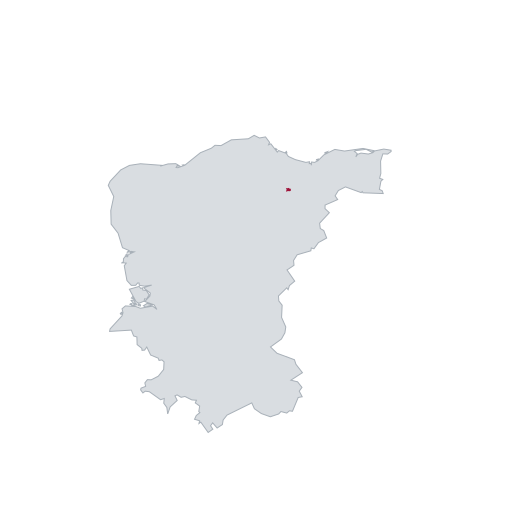 Lins, São Paulo, Brazil shown in context, rotated 235°
{"feature_id": "56859067B10725298789827", "entity_name": "Lins", "entity_type": "district", "adm_level": 2, "iso_a3": "BRA", "parent_name": "Brazil", "parent_adm1": "São Paulo", "projection": "natural_earth1", "projection_center": [-49.692, -21.647], "detail": "fine", "context": "in_parent", "style": "filled", "palette": "rose", "viewbox_px": 512, "rotation_deg": 235, "n_neighbors": 0, "source": "geoboundaries", "source_scale": "gbopen_adm2", "svg_char_len": 4372}
<svg xmlns="http://www.w3.org/2000/svg" viewBox="0 0 512 512"><g transform="rotate(235 256 256)"><path d="M161.4,119.9L165.4,123.8L170.5,122.0L172.0,124.5L174.9,120.9L181.7,117.2L183.2,113.6L187.5,111.7L187.9,109.4L182.9,108.6L181.6,99.1L177.3,93.1L183.1,96.1L188.3,96.0L191.9,99.1L193.0,95.4L206.0,90.8L208.8,87.7L208.7,84.8L212.5,84.7L213.7,86.0L212.5,90.8L215.8,92.2L217.0,96.1L214.7,99.1L213.6,107.0L216.0,115.3L222.1,120.0L224.8,119.3L226.1,116.7L228.4,117.3L235.3,112.9L244.1,114.3L242.8,110.8L244.1,108.5L245.9,109.5L251.6,107.8L258.0,112.0L260.7,109.9L266.8,111.4L278.2,92.8L280.0,94.7L283.8,111.9L285.8,114.5L289.6,116.0L290.0,120.4L283.5,128.6L279.5,131.3L274.2,142.6L269.1,144.2L274.5,144.5L282.5,138.8L284.0,146.0L286.2,148.2L294.5,145.7L292.0,153.9L295.2,147.4L299.0,143.6L300.9,144.7L301.8,143.6L301.0,140.6L303.5,137.0L309.9,136.2L323.6,142.5L324.6,145.6L326.5,143.4L329.8,145.9L330.6,148.6L329.0,150.4L329.7,151.4L331.4,149.6L331.8,151.3L330.2,153.1L329.2,158.7L331.4,156.4L333.0,152.2L333.2,155.2L339.4,151.4L353.8,156.1L365.2,155.6L376.5,163.1L386.3,173.6L398.6,175.5L400.9,179.4L404.1,194.5L402.8,204.3L397.9,214.2L384.5,230.6L384.5,229.2L381.9,236.7L377.7,243.2L375.7,244.2L374.3,241.3L373.1,242.7L371.2,249.7L372.5,269.7L369.9,281.3L370.2,285.9L366.5,290.7L365.3,302.4L356.4,317.0L355.9,323.7L350.7,326.5L348.1,332.1L341.3,332.3L339.9,330.1L339.4,332.5L328.9,333.0L329.4,335.0L322.8,339.6L319.0,339.6L312.4,343.5L304.1,350.5L302.5,353.9L301.1,352.6L300.5,354.1L298.6,353.4L301.1,355.5L299.1,357.6L298.5,361.4L299.9,369.6L298.1,381.7L291.2,388.7L282.7,405.4L274.7,413.0L274.5,410.5L280.2,407.4L285.1,398.2L285.3,396.6L281.9,397.6L279.9,394.6L281.0,397.5L280.1,401.0L275.1,406.5L273.6,411.0L274.0,413.5L270.3,422.0L265.2,427.3L264.1,426.6L264.0,422.3L266.9,418.5L262.3,412.5L252.0,405.6L248.8,401.8L246.0,403.8L245.6,401.2L239.8,395.3L237.1,396.8L234.2,396.0L246.4,379.9L247.9,380.0L247.6,378.5L261.3,368.9L262.4,361.0L259.9,355.3L255.4,355.3L258.1,341.8L255.2,339.7L249.4,340.9L246.4,326.9L241.6,324.4L238.0,326.1L230.2,324.2L231.2,314.9L228.7,307.6L230.9,305.9L228.8,303.9L233.4,290.4L230.8,284.2L226.6,281.8L226.8,273.4L213.2,273.3L212.6,266.4L210.0,263.0L212.3,262.9L210.4,251.5L206.1,248.9L200.7,249.2L191.0,241.7L180.8,239.7L176.5,235.6L173.4,229.2L173.2,215.7L164.3,217.4L149.0,228.0L144.4,226.6L133.8,227.1L134.3,213.3L129.1,217.9L122.0,218.3L120.5,213.9L114.2,213.1L115.9,209.4L107.9,196.8L110.0,194.6L109.7,191.1L114.3,187.2L113.6,184.0L116.1,175.5L123.9,170.0L131.8,167.1L138.1,168.3L142.3,141.0L140.5,135.0L137.2,131.8L137.4,125.5L144.2,124.8L143.0,121.4L138.9,121.3L138.9,115.6L151.6,115.5L151.5,113.2L153.4,115.3L157.5,112.0L159.6,115.6L159.9,120.2L161.4,119.9ZM287.4,131.6L301.4,133.2L298.1,142.8L295.5,143.0L295.1,144.6L293.0,143.8L290.7,146.3L285.4,146.2L283.5,141.4L284.9,140.2L283.2,138.5L284.4,133.0L287.4,131.6ZM275.4,143.1L277.5,136.3L279.8,135.3L279.6,139.5L275.4,143.1ZM291.2,128.2L289.9,130.8L286.7,130.2L287.2,128.5L291.2,128.2ZM286.4,125.4L285.9,130.6L284.5,130.1L286.4,125.4ZM293.5,131.6L291.5,131.8L290.5,131.4L293.0,129.8L293.5,131.6ZM284.3,131.7L282.2,133.4L281.4,132.6L282.9,131.0L284.3,131.7ZM288.1,127.1L287.1,126.0L288.8,125.0L288.9,126.0L288.1,127.1ZM287.0,113.6L285.8,113.8L285.5,111.9L286.7,111.8L287.0,113.6ZM300.4,374.6L300.0,372.9L300.9,371.4L301.2,371.8L300.4,374.6ZM324.0,339.0L324.2,340.9L322.8,340.5L324.0,339.0ZM299.7,362.6L299.1,361.6L300.0,360.5L300.3,360.9L299.7,362.6ZM331.0,155.2L330.2,157.2L331.0,154.4L331.0,155.2ZM374.9,244.5L373.5,245.1L374.4,243.5L374.9,244.5ZM332.7,333.8L331.2,334.4L331.0,334.1L331.8,333.2L332.7,333.8ZM372.6,248.1L372.1,249.2L371.7,248.5L372.6,248.1ZM327.3,141.7L327.4,142.8L327.0,142.6L327.3,141.7Z" fill="#d9dde1" stroke="#a8b0b8" stroke-width="1"/><path d="M292.9,320.2L292.7,320.2L292.6,319.9L292.5,319.7L292.4,319.6L292.2,319.5L292.2,319.4L292.0,319.2L292.0,319.3L291.9,319.3L291.8,319.5L291.7,319.5L291.5,319.8L291.4,319.8L291.4,320.0L291.3,320.3L291.2,320.3L291.0,320.5L290.9,320.6L290.8,320.8L290.9,321.0L290.7,321.1L290.4,321.2L290.4,321.3L290.3,321.5L290.5,321.6L290.7,321.8L290.8,321.8L290.9,322.0L291.0,322.0L291.1,321.9L291.3,321.7L291.4,321.4L291.5,321.4L291.5,321.5L291.6,321.4L291.8,321.4L292.0,321.4L292.3,321.3L292.3,321.2L292.5,321.1L292.5,320.9L292.5,320.7L292.5,320.4L292.8,320.3L292.9,320.2Z" fill="#f43f5e" stroke="#9f1239" stroke-width="1.5"/></g></svg>